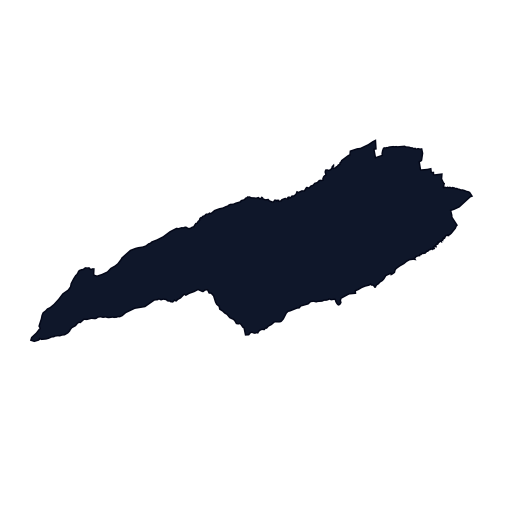 outline of Straoane, Vrancea, Romania, rotated 291°
{"feature_id": "2599482B77853127668165", "entity_name": "Straoane", "entity_type": "district", "adm_level": 2, "iso_a3": "ROU", "parent_name": "Romania", "parent_adm1": "Vrancea", "projection": "robinson", "projection_center": [27.011, 45.969], "detail": "fine", "context": "isolated", "style": "filled", "palette": "ink", "viewbox_px": 512, "rotation_deg": 291, "n_neighbors": 0, "source": "geoboundaries", "source_scale": "gbopen_adm2", "svg_char_len": 6128}
<svg xmlns="http://www.w3.org/2000/svg" viewBox="0 0 512 512"><g transform="rotate(291 256 256)"><path d="M356.8,432.6L362.4,424.9L364.3,424.1L368.3,421.3L370.5,424.0L374.7,428.1L388.0,434.7L389.3,436.2L391.9,432.6L392.0,430.8L391.7,429.7L391.8,427.0L391.6,425.0L391.0,423.6L391.1,421.7L390.7,420.6L391.0,419.3L390.4,418.2L390.6,416.2L389.8,415.6L390.3,415.0L389.4,413.9L389.6,412.4L388.8,411.7L388.8,410.2L388.1,409.8L387.8,407.6L387.1,407.2L387.0,406.7L387.2,406.3L391.1,405.7L391.1,405.1L394.4,401.6L399.1,400.2L395.7,393.8L395.5,392.6L397.6,391.7L396.9,390.2L396.9,389.6L400.1,387.9L398.3,385.2L395.3,379.1L395.7,378.5L402.4,374.6L404.4,376.2L404.8,376.2L411.6,374.7L415.3,372.3L414.5,370.8L414.3,368.9L413.0,367.2L413.5,366.0L412.7,364.8L412.9,363.0L412.4,361.8L412.4,359.9L411.4,356.6L411.7,355.5L408.5,348.9L408.4,347.9L407.5,346.1L407.3,345.0L405.3,341.1L404.6,340.8L403.9,339.0L403.0,337.9L402.9,337.0L402.2,336.5L399.7,336.5L397.0,337.0L395.2,337.9L390.5,332.3L397.9,327.8L399.0,329.6L406.7,326.1L404.6,324.2L400.1,321.0L393.8,315.0L392.3,312.1L387.7,306.5L384.1,307.5L382.8,306.2L375.8,301.8L374.5,301.8L372.9,301.1L371.5,301.5L370.5,300.3L368.9,299.9L367.7,298.9L367.2,299.1L365.6,297.1L365.5,296.5L366.7,295.8L367.8,296.2L368.4,295.9L366.7,295.2L365.3,295.4L363.3,294.8L361.9,293.2L361.8,291.5L361.1,290.3L359.2,290.5L357.0,292.1L356.3,292.1L355.3,291.2L354.1,290.8L352.1,290.8L351.3,291.4L350.7,291.2L350.0,290.3L349.6,288.8L349.0,288.0L346.5,287.0L344.8,284.8L342.6,284.1L340.8,282.1L338.7,281.4L338.4,281.1L338.2,278.9L337.8,278.6L334.7,278.0L333.8,277.5L333.2,275.5L330.5,272.9L330.6,271.3L328.0,271.3L326.2,270.3L325.4,269.8L325.3,269.0L324.7,269.0L324.5,267.9L323.3,267.7L322.3,266.9L322.2,266.3L322.8,265.8L322.3,265.0L321.7,264.8L321.3,265.5L320.8,265.6L320.1,264.2L320.3,263.1L319.9,262.3L317.8,260.0L316.4,259.6L315.2,257.9L315.2,257.3L316.0,257.0L315.5,255.8L314.8,255.4L315.2,254.5L314.8,253.5L312.6,253.0L312.3,252.3L312.2,248.7L313.1,247.1L311.8,244.9L311.7,242.3L312.6,241.2L312.8,240.4L311.5,240.0L310.7,239.0L311.4,237.4L309.8,235.2L309.7,234.1L308.6,230.8L308.7,228.6L308.1,227.6L308.1,227.1L306.8,226.5L306.2,225.6L305.0,225.3L303.5,224.2L303.1,223.2L302.3,222.4L300.7,221.8L298.1,218.3L296.1,216.3L295.0,213.7L293.6,212.3L292.3,211.7L291.5,210.5L288.8,207.9L287.0,205.0L283.6,201.1L279.4,198.8L279.3,197.2L278.0,196.6L277.2,194.6L276.1,194.0L275.6,194.2L273.8,192.1L272.2,191.9L272.0,191.5L272.2,191.0L271.1,190.3L269.8,190.3L269.2,190.6L267.5,189.6L265.5,189.4L264.7,188.2L262.0,187.6L261.2,187.7L259.8,186.0L257.8,184.5L257.8,183.9L257.2,182.6L257.7,181.0L257.7,180.1L256.9,178.8L256.2,178.3L255.7,176.5L253.6,173.8L253.3,172.0L248.0,167.2L240.7,162.6L235.5,157.9L231.7,153.7L230.0,152.9L228.9,151.5L225.9,149.7L223.7,147.1L221.6,143.3L219.9,140.9L216.2,136.8L205.9,131.5L204.8,131.5L199.2,129.9L196.1,128.1L192.4,125.0L187.8,123.1L183.5,118.9L179.9,114.5L180.2,113.7L179.8,111.9L181.0,110.9L185.8,109.3L185.3,107.9L184.7,107.4L184.1,106.1L185.0,104.7L185.0,104.3L184.3,103.0L183.7,100.9L181.4,99.5L180.7,98.1L179.2,96.4L178.1,95.9L176.1,95.8L173.8,95.3L173.3,94.8L169.3,94.0L164.0,93.4L160.8,94.0L156.9,93.0L151.4,89.3L144.8,87.4L138.4,84.9L134.0,82.4L131.8,80.3L129.4,79.4L126.7,77.7L123.9,77.6L120.4,78.2L113.2,78.6L112.7,78.7L111.3,80.5L110.9,80.6L109.9,80.0L105.4,78.7L99.5,75.8L96.7,76.0L96.9,79.6L99.6,83.1L100.5,83.6L101.5,83.4L101.3,85.5L103.3,89.6L104.8,91.7L107.4,94.3L108.1,96.0L109.4,97.2L110.7,99.6L111.2,101.4L112.7,103.1L113.9,105.5L116.8,107.8L119.3,108.8L120.7,108.9L123.0,109.6L126.3,112.4L129.4,113.4L130.7,114.5L131.0,115.8L135.3,118.0L136.2,120.8L138.9,124.6L139.9,128.2L140.9,129.4L142.1,130.0L143.6,132.4L144.0,135.2L145.3,137.4L145.5,139.5L145.8,140.6L147.7,144.1L147.9,145.6L148.5,146.3L148.6,147.2L150.0,148.9L150.5,150.5L152.4,152.4L156.5,154.6L163.8,161.5L169.0,170.4L178.6,176.9L180.0,179.8L181.3,180.6L181.1,183.0L182.6,184.9L183.2,188.0L182.5,189.3L182.8,191.0L183.4,191.9L182.8,192.6L183.3,194.7L185.6,195.6L185.3,196.5L185.6,197.7L187.4,198.4L189.8,200.5L194.0,202.3L194.7,203.0L194.3,204.5L194.5,204.7L197.2,206.9L200.7,211.0L203.5,213.4L204.0,214.1L203.7,218.7L204.0,219.4L205.9,220.5L207.1,222.5L207.0,223.1L204.7,225.5L205.3,227.6L204.3,229.3L203.8,230.6L198.6,234.7L196.9,236.6L195.8,239.7L193.4,241.2L192.7,244.7L191.6,247.2L191.2,249.9L189.1,253.6L188.8,257.9L187.7,259.9L186.0,261.9L186.3,263.7L187.2,264.9L186.9,266.4L184.9,269.2L184.7,270.6L178.6,274.5L179.9,277.4L182.4,278.2L183.4,279.5L183.4,281.9L183.7,282.8L184.5,283.6L184.9,285.2L186.6,285.4L188.5,286.5L189.7,287.8L190.3,290.0L191.8,290.5L192.4,290.9L192.5,291.7L195.0,292.6L197.6,294.9L201.0,296.7L201.6,297.7L202.8,301.1L203.6,302.5L204.3,303.0L207.1,304.0L213.7,304.7L216.0,305.8L216.8,307.2L222.1,312.9L223.1,314.9L225.4,315.6L230.0,321.8L233.0,323.2L234.5,326.0L234.8,328.6L235.8,329.9L237.6,333.8L239.2,335.4L240.0,337.4L241.0,338.8L242.2,339.7L242.2,341.9L243.8,344.7L243.8,345.6L242.0,347.0L240.7,348.6L240.0,349.9L240.0,350.8L241.4,351.7L243.0,351.9L244.7,350.7L247.0,350.4L254.0,356.4L256.9,362.2L259.1,361.1L261.3,363.4L264.5,365.9L267.1,368.7L269.3,371.9L270.9,373.0L270.3,374.1L270.7,375.2L270.6,376.4L269.5,378.1L269.8,378.6L271.4,378.6L272.6,379.1L274.0,380.2L276.0,380.9L278.4,382.7L280.5,383.5L284.3,384.2L288.0,387.8L288.2,388.0L287.1,388.8L288.0,389.6L290.3,391.1L292.7,390.8L294.4,391.2L298.3,393.7L301.9,396.7L304.8,398.3L307.5,400.5L309.5,404.1L309.8,405.7L310.6,404.7L311.8,405.4L312.8,405.4L314.5,407.5L315.0,408.6L316.1,408.4L316.5,409.5L318.2,410.1L318.1,410.8L319.4,412.9L321.8,413.8L322.0,414.6L323.9,415.5L324.4,416.3L325.6,416.6L325.3,418.1L326.0,418.3L326.1,418.9L326.8,419.7L327.3,419.7L327.3,418.6L327.8,418.3L329.4,419.3L329.2,420.7L329.7,420.6L330.5,419.8L331.7,420.2L332.1,421.3L333.1,421.5L334.1,420.9L334.4,421.9L336.0,422.7L335.8,423.9L336.5,423.5L337.3,424.0L337.4,424.6L338.0,424.3L339.0,424.8L339.7,424.3L340.0,424.5L339.9,425.3L340.2,425.6L342.3,425.7L343.4,426.1L343.6,426.9L344.3,427.3L343.9,427.9L344.1,428.5L344.9,428.4L345.5,429.2L347.2,430.1L353.4,432.1L355.6,432.1L356.8,432.6Z" fill="#0f172a" stroke="#020617" stroke-width="1.5"/></g></svg>